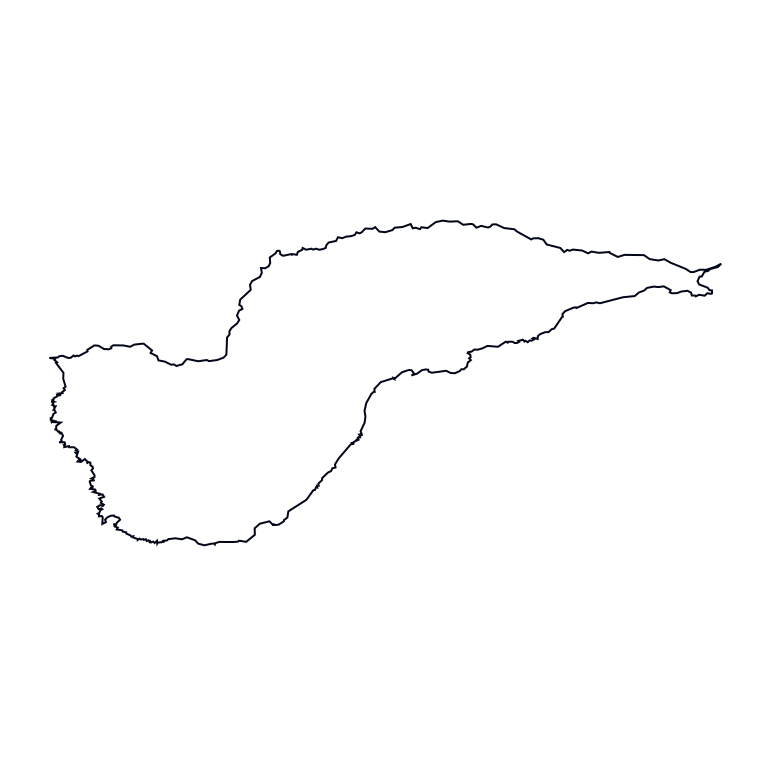 the district of Sao Francisco De Assis, Tarrafal de São Nicolau, Cabo Verde, rotated 271°
{"feature_id": "66160863B96931694342339", "entity_name": "Sao Francisco De Assis", "entity_type": "district", "adm_level": 2, "iso_a3": "CPV", "parent_name": "Cabo Verde", "parent_adm1": "Tarrafal de São Nicolau", "projection": "equal_earth", "projection_center": [-24.37, 16.575], "detail": "fine", "context": "isolated", "style": "outline", "palette": "ink", "viewbox_px": 768, "rotation_deg": 271, "n_neighbors": 0, "source": "geoboundaries", "source_scale": "gbopen_adm2", "svg_char_len": 6047}
<svg xmlns="http://www.w3.org/2000/svg" viewBox="0 0 768 768"><g transform="rotate(271 384 384)"><path d="M404.2,48.9L403.5,54.9L402.2,54.1L400.0,56.8L399.4,55.6L389.6,63.3L383.5,63.2L375.8,65.7L374.2,63.7L372.4,65.0L370.2,62.3L369.3,62.7L368.9,59.6L368.3,60.9L367.1,60.3L367.5,57.3L366.1,57.7L363.9,53.9L362.4,53.9L362.1,52.5L360.9,52.5L360.4,54.3L359.9,52.7L358.1,53.6L357.2,52.8L356.8,54.2L355.7,54.3L355.9,56.0L352.3,54.1L352.3,55.0L349.8,56.3L348.4,54.1L344.6,52.7L344.1,51.5L343.1,52.0L342.6,50.6L342.5,51.8L341.3,52.1L341.9,52.3L340.6,57.8L341.0,54.6L340.2,53.7L339.8,61.4L336.5,57.1L333.2,56.9L332.6,55.3L332.8,57.2L330.5,59.2L330.9,59.9L329.8,61.3L329.0,60.9L328.8,62.2L329.3,62.1L329.5,62.4L326.6,64.0L322.6,62.2L321.1,62.8L320.0,60.2L320.2,65.6L318.4,66.3L317.5,65.0L315.9,66.8L316.3,65.5L315.3,65.4L316.4,70.2L315.3,70.3L315.3,75.4L313.3,77.9L312.4,77.2L312.3,78.7L310.3,78.3L310.0,76.8L309.4,77.4L310.2,79.1L306.0,77.7L303.2,81.9L302.1,81.7L302.5,80.1L301.1,79.0L300.8,82.4L303.7,86.2L300.8,89.3L299.3,88.0L300.7,90.0L300.3,91.8L297.6,91.9L296.3,94.0L294.4,94.5L292.5,92.9L287.9,96.1L286.0,96.2L284.5,93.4L284.2,94.8L282.6,95.5L282.1,91.9L281.3,91.4L277.4,92.8L276.6,94.6L274.9,94.3L275.1,92.7L274.0,91.9L273.4,97.1L272.1,97.6L270.9,95.2L269.3,101.7L268.2,101.2L268.7,104.5L266.3,106.1L264.5,101.3L261.6,103.8L260.3,102.9L258.4,106.0L257.1,104.9L257.9,102.2L256.1,99.4L253.9,100.9L254.7,103.6L253.9,104.5L252.9,102.6L250.1,101.6L249.3,100.1L248.3,101.4L246.7,101.3L247.1,104.1L245.8,105.1L239.1,104.8L241.1,108.4L243.4,107.5L245.7,109.5L247.5,113.1L247.8,116.3L247.0,116.6L245.6,121.2L243.7,122.5L240.6,119.3L238.0,118.4L239.1,117.4L239.0,116.6L236.9,117.1L235.8,120.3L233.9,119.3L233.1,124.9L231.9,125.3L231.2,128.8L230.0,128.9L228.2,133.1L226.9,134.1L227.4,136.0L226.2,135.8L224.7,140.5L223.8,140.5L225.1,142.3L224.3,143.4L224.7,146.3L224.0,146.7L224.6,148.7L222.9,149.4L223.6,151.3L222.0,152.3L222.8,152.9L221.5,153.9L222.4,156.0L221.0,157.5L223.3,159.8L220.7,160.1L221.5,160.5L221.9,164.5L223.1,165.7L221.6,166.6L223.4,166.4L223.8,169.8L225.1,171.0L226.1,178.0L225.2,184.8L227.3,189.6L224.5,197.7L221.1,201.1L219.6,207.3L221.3,214.3L221.5,217.0L220.7,217.7L221.9,218.0L223.2,222.0L223.4,236.7L223.9,240.9L224.8,241.7L223.8,249.0L231.0,257.5L237.5,257.2L242.2,262.4L244.7,271.9L241.8,274.8L241.8,276.1L241.1,275.8L241.1,277.9L241.6,281.3L245.0,286.3L246.1,286.3L248.8,289.7L255.0,290.6L266.9,308.5L276.6,315.2L276.8,316.7L279.6,317.9L279.3,319.1L281.2,318.8L281.2,320.5L283.3,320.1L286.8,323.7L288.8,323.8L294.4,329.4L296.0,332.6L298.8,333.9L299.7,337.0L302.7,336.4L308.8,340.0L323.2,351.9L323.5,353.8L324.5,353.1L324.7,354.8L325.6,354.8L327.6,359.0L328.2,358.1L328.8,359.4L329.7,358.8L330.8,359.9L330.5,361.0L332.0,360.7L332.3,361.8L333.1,360.5L333.6,362.6L336.3,361.4L345.0,365.3L351.1,366.0L356.9,365.0L364.6,366.6L373.8,371.5L376.1,373.9L376.0,374.8L379.0,374.5L385.8,380.7L389.8,392.7L389.2,393.9L390.3,393.4L389.9,395.0L396.1,401.8L398.5,408.7L398.2,411.4L394.8,414.0L393.0,411.3L395.0,417.0L398.5,421.7L399.3,425.4L399.0,427.9L397.2,428.4L396.1,431.6L398.3,445.9L396.2,450.4L396.0,454.7L398.2,459.4L400.1,461.1L400.1,463.5L402.9,466.6L406.9,467.4L409.4,470.4L411.2,468.6L412.3,470.2L414.9,469.7L416.3,467.1L417.3,467.6L417.9,471.0L420.1,473.8L419.9,476.9L421.3,481.6L423.9,486.8L423.2,497.3L428.4,504.9L427.5,507.0L428.4,507.4L428.5,511.7L427.2,514.2L427.4,516.5L428.5,518.3L429.4,517.5L430.7,522.2L428.9,523.6L429.7,524.7L428.3,527.0L430.1,528.8L429.8,530.5L431.0,533.0L432.1,531.6L432.8,533.0L431.7,536.8L434.5,537.0L436.5,539.1L438.6,544.1L438.8,547.7L441.7,550.7L442.4,553.2L454.3,561.0L454.3,562.4L454.7,561.3L457.2,561.3L460.1,564.0L463.7,572.3L464.0,574.5L463.3,575.0L468.6,586.5L468.4,591.9L469.3,594.7L468.5,598.5L474.9,621.4L476.3,633.1L480.0,637.4L482.0,642.5L484.7,645.3L486.1,652.2L485.7,656.6L486.5,662.0L482.9,669.0L480.6,668.1L479.7,670.4L480.0,675.5L481.6,679.5L482.5,685.8L480.6,689.5L477.9,690.2L477.8,694.0L477.1,694.3L478.7,697.5L477.9,703.1L480.4,705.7L479.8,709.3L480.3,710.4L483.3,710.3L483.5,707.9L486.0,705.8L489.0,697.4L492.2,695.7L496.8,697.6L497.1,699.9L501.7,702.4L502.9,706.4L504.5,707.7L506.8,715.8L510.2,719.1L507.1,713.6L503.8,704.2L503.8,697.9L501.3,691.6L501.3,688.6L504.3,683.8L510.2,668.6L513.7,662.1L512.3,656.1L513.5,647.5L517.4,641.6L517.3,622.2L515.1,615.6L519.0,607.4L519.9,607.1L518.9,596.5L520.0,589.1L518.2,585.8L520.9,579.8L521.7,570.6L520.5,567.2L521.3,564.9L519.0,561.8L523.1,557.9L526.3,544.3L531.0,540.8L532.5,535.7L532.2,530.4L531.1,528.7L538.6,514.6L541.0,511.6L542.0,501.5L545.6,493.3L545.4,489.5L543.1,487.5L542.3,485.2L543.8,478.4L541.9,473.7L545.1,470.4L545.6,468.4L544.6,460.4L548.0,454.9L547.5,446.5L548.4,440.0L546.8,433.0L540.7,424.9L541.4,418.7L539.5,417.3L540.8,412.8L540.2,410.0L544.4,407.9L541.3,399.8L540.5,392.0L538.0,389.6L535.8,382.6L536.3,376.7L540.7,372.4L539.0,370.0L539.1,362.6L535.0,358.7L534.2,356.6L535.2,353.8L532.5,352.2L531.2,348.2L530.7,343.7L529.1,339.7L529.9,335.4L526.2,333.6L524.5,326.2L521.7,323.9L519.1,323.4L517.9,320.8L517.1,316.9L518.1,313.8L517.2,310.8L518.0,308.8L516.9,303.9L518.6,300.3L516.8,299.9L514.5,295.5L511.7,294.7L512.2,290.5L511.6,289.6L512.3,289.0L510.4,280.9L512.0,278.0L514.8,277.6L515.5,276.4L515.0,274.5L512.8,273.4L508.5,267.6L503.0,268.1L499.7,266.6L497.7,263.2L497.8,259.0L493.1,259.9L488.9,258.1L484.7,250.4L480.9,248.3L475.8,249.1L465.9,238.8L460.6,237.9L459.3,240.1L456.6,241.1L454.8,237.8L449.9,235.8L445.5,238.2L442.0,236.1L437.3,230.5L434.0,228.5L430.8,228.7L427.8,226.3L410.6,225.9L407.6,223.2L405.1,216.9L403.8,208.6L404.9,206.4L403.5,197.9L405.5,187.5L405.2,186.0L400.2,182.1L398.4,176.1L399.9,173.6L399.6,170.7L402.5,164.7L403.7,158.1L407.9,156.5L410.9,150.1L413.5,151.5L420.0,143.2L420.1,141.6L419.0,133.6L416.8,129.5L418.0,122.9L418.0,112.8L416.5,110.6L415.0,110.7L413.9,108.2L414.1,103.4L417.3,97.9L417.5,93.6L412.9,86.7L411.4,87.0L406.6,78.2L407.0,76.6L406.2,74.5L407.1,73.1L404.8,70.4L404.5,67.9L406.6,62.2L406.1,58.8L404.9,57.5L404.2,48.9Z" fill="none" stroke="#020617" stroke-width="2"/></g></svg>